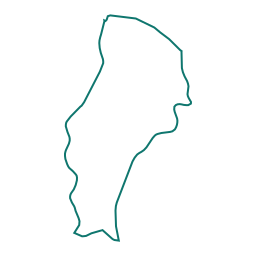 SVG path tracing the border of Demerara-Mahaica
{"feature_id": "GUY-677", "entity_name": "Demerara-Mahaica", "entity_type": "Region", "adm_level": 1, "iso_a3": "GUY", "parent_name": "Guyana", "parent_adm1": "", "projection": "mercator", "projection_center": [-58.12, 6.456], "detail": "fine", "context": "isolated", "style": "outline", "palette": "teal", "viewbox_px": 256, "rotation_deg": 0, "n_neighbors": 0, "source": "natural_earth", "source_scale": "10m", "svg_char_len": 1461}
<svg xmlns="http://www.w3.org/2000/svg" viewBox="0 0 256 256"><path d="M104.3,20.4L105.5,21.0L106.7,19.7L107.8,16.2L110.3,15.4L135.8,18.5L154.3,27.5L160.2,32.4L169.1,39.1L180.2,50.1L181.6,51.1L181.5,51.6L181.9,68.1L182.9,72.2L184.6,76.4L187.1,81.1L188.0,83.7L188.5,86.3L187.5,94.2L187.9,96.2L188.8,98.2L191.0,102.0L190.9,103.6L188.3,105.1L186.0,105.1L183.8,104.9L181.7,104.4L179.7,104.1L177.6,104.3L175.8,105.1L174.4,106.7L174.2,109.5L174.7,111.8L177.1,118.5L177.4,120.6L177.3,122.8L176.9,124.9L176.1,127.2L174.9,129.4L172.4,131.3L170.2,131.9L161.4,133.0L157.5,134.0L156.1,134.6L154.8,135.6L152.7,138.0L146.5,147.3L143.9,150.1L141.3,151.9L139.3,153.0L137.2,154.5L134.7,157.6L132.5,161.5L116.8,202.5L115.9,206.0L115.5,210.6L116.0,226.3L118.8,240.6L114.4,240.0L112.5,239.0L102.5,230.1L91.4,233.3L86.1,235.9L83.7,236.2L82.1,236.3L74.3,232.9L79.2,225.1L79.5,221.2L78.6,218.1L75.6,210.9L74.8,207.8L74.2,206.3L71.9,202.5L70.1,198.2L70.1,196.2L70.5,194.5L71.2,193.1L73.8,189.4L75.7,185.0L76.9,180.3L77.0,177.6L76.6,175.6L75.8,174.4L72.9,171.2L69.3,168.0L68.2,166.4L67.1,164.0L65.4,159.0L65.0,156.0L65.0,153.6L65.4,151.8L65.9,150.2L68.9,143.7L69.7,140.7L69.7,138.6L69.4,136.8L67.5,132.0L65.8,126.3L65.9,124.2L66.3,122.4L67.1,121.1L70.7,116.5L80.6,106.4L81.3,106.0L81.7,105.6L84.1,102.2L99.9,71.6L103.2,63.2L103.2,61.0L102.9,59.1L100.8,52.9L99.7,48.0L99.3,43.1L99.5,40.4L100.3,36.9L101.0,34.7L104.4,21.2L104.3,20.4Z" fill="none" stroke="#0f766e" stroke-width="2"/></svg>